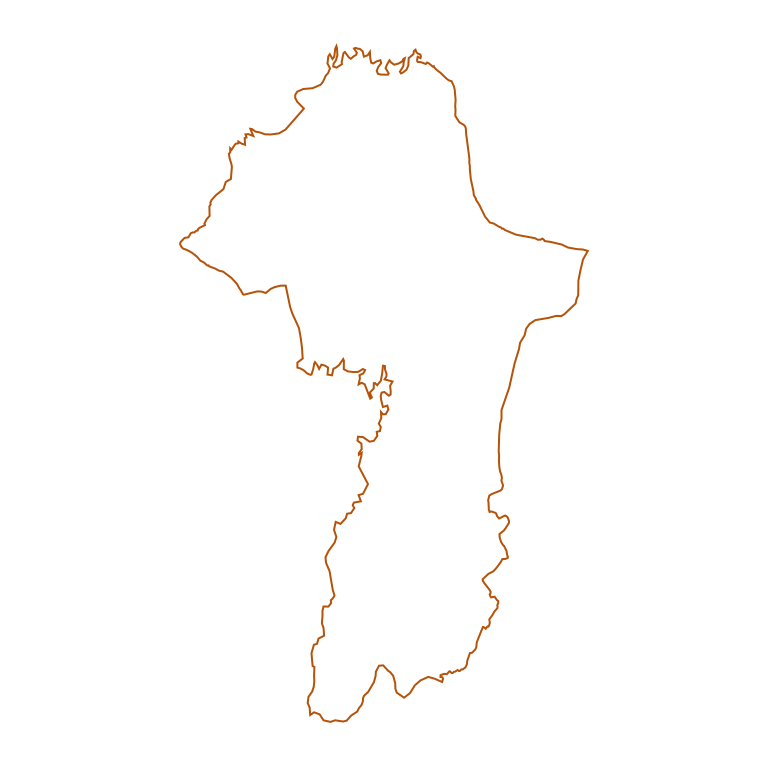 outline of Kouroussa, Kouroussa, Guinea
{"feature_id": "49546643B25969650419510", "entity_name": "Kouroussa", "entity_type": "district", "adm_level": 2, "iso_a3": "GIN", "parent_name": "Guinea", "parent_adm1": "Kouroussa", "projection": "equal_earth", "projection_center": [-10.122, 10.487], "detail": "fine", "context": "isolated", "style": "outline", "palette": "amber", "viewbox_px": 768, "rotation_deg": 0, "n_neighbors": 0, "source": "geoboundaries", "source_scale": "gbopen_adm2", "svg_char_len": 6031}
<svg xmlns="http://www.w3.org/2000/svg" viewBox="0 0 768 768"><path d="M297.4,362.6L297.4,367.6L300.0,368.3L303.7,370.3L307.0,373.3L310.3,374.8L311.5,374.6L313.3,368.8L314.2,363.6L315.0,362.1L317.4,365.2L319.1,368.9L321.4,364.7L325.0,365.6L328.1,367.6L327.5,374.6L332.0,375.3L333.4,368.7L336.0,367.5L339.1,365.0L343.2,359.1L343.9,360.8L343.8,369.2L347.9,371.4L354.3,372.1L358.4,371.8L362.9,369.0L365.1,370.1L363.3,373.4L359.5,375.2L359.9,378.4L358.6,384.4L361.6,382.8L364.7,384.3L370.2,398.6L371.9,397.5L369.8,392.7L373.7,388.5L373.8,383.2L375.1,383.1L377.2,385.2L380.9,380.6L382.1,373.9L383.0,365.7L384.9,366.0L385.0,369.4L386.6,374.0L386.3,376.6L384.6,379.4L392.5,381.5L390.1,385.8L390.7,391.1L390.6,394.6L388.9,395.7L384.4,392.0L381.6,392.6L380.7,396.1L381.1,399.6L382.9,407.0L387.3,405.6L388.4,409.5L385.8,414.1L382.9,414.3L381.0,412.1L381.3,418.0L378.8,423.6L380.8,427.0L379.9,431.1L376.7,431.8L377.3,435.9L373.9,440.8L369.6,441.7L362.8,437.0L358.0,436.7L357.5,440.7L361.4,443.6L361.7,449.1L358.8,453.1L358.9,454.8L361.7,452.9L361.4,455.6L358.7,466.4L368.0,484.1L363.0,493.8L358.6,495.1L360.9,501.3L353.9,502.6L352.7,505.2L354.3,508.1L351.0,513.1L347.1,513.7L345.7,518.4L340.5,523.9L335.7,521.9L334.0,529.9L336.4,537.0L334.6,542.6L328.7,550.7L325.5,557.2L326.0,562.7L329.6,571.3L332.7,589.6L334.5,595.6L332.5,598.8L330.8,600.3L331.1,603.1L328.4,606.6L323.5,606.5L322.5,610.8L322.5,616.0L321.9,623.4L323.5,627.7L324.1,635.7L318.5,638.6L317.0,643.8L313.9,644.8L311.5,653.2L312.6,666.0L314.4,667.0L314.1,675.2L314.3,681.7L313.7,686.9L312.1,691.7L308.5,696.8L307.7,703.1L309.6,707.4L310.2,715.0L314.1,712.3L319.7,714.4L323.5,720.3L330.5,721.9L335.1,720.3L343.2,721.5L346.7,720.6L351.0,715.7L357.3,711.5L358.7,708.5L361.6,704.8L362.9,701.3L363.1,697.8L364.1,695.7L368.2,691.9L374.0,682.0L375.6,675.9L375.9,671.7L379.0,665.7L383.2,665.4L388.2,670.8L390.2,672.2L393.2,675.8L395.2,683.2L395.4,688.8L396.7,692.6L404.1,697.7L410.0,693.1L414.9,685.3L420.5,680.4L428.3,676.9L434.6,678.7L442.1,682.0L443.1,678.7L442.1,677.1L440.5,677.0L440.6,675.1L444.2,673.8L446.8,674.2L449.4,671.3L450.0,671.4L451.7,673.1L452.9,672.9L453.7,671.9L455.2,671.6L457.6,670.0L458.6,670.9L459.7,671.0L461.4,669.4L462.8,669.4L465.5,667.3L467.0,663.9L467.2,660.9L470.0,653.0L472.0,652.8L475.4,649.3L476.3,647.1L476.8,642.2L482.9,627.0L483.7,627.1L485.7,628.7L487.5,626.4L488.4,626.6L489.1,625.6L489.8,622.7L489.3,619.4L492.4,615.1L494.1,611.9L497.4,608.1L497.6,607.1L497.3,605.1L498.2,603.1L498.3,601.1L496.9,600.0L494.6,596.7L491.1,597.4L490.3,596.3L489.7,594.3L490.5,593.3L490.6,591.9L490.0,590.4L484.3,583.1L482.7,580.6L482.7,579.2L488.5,573.8L493.5,571.2L496.7,567.6L500.9,561.9L502.3,559.1L505.5,558.9L507.7,557.9L507.9,556.9L507.0,554.4L506.5,550.8L504.0,545.9L503.0,545.1L501.0,541.7L499.6,537.2L499.5,534.0L503.7,530.7L505.8,527.9L509.0,522.7L509.0,521.1L507.7,517.5L506.7,516.3L505.0,515.5L499.1,518.5L497.2,516.3L496.1,513.4L495.3,512.8L491.2,511.4L489.6,512.0L488.8,509.4L488.5,502.0L488.1,500.6L489.3,495.6L491.5,494.2L500.8,490.4L502.0,489.0L503.1,485.5L501.4,480.7L501.9,478.0L501.4,475.1L500.0,471.0L499.4,467.5L499.0,462.0L499.1,455.1L498.7,451.5L499.2,434.5L500.3,423.4L501.5,419.1L501.5,410.1L509.2,387.7L514.6,363.4L519.0,349.1L520.1,342.7L524.6,335.3L526.2,328.6L529.6,323.9L535.4,320.1L548.5,317.9L556.1,315.9L561.2,316.1L564.4,314.2L575.6,303.5L576.7,298.6L578.2,295.4L578.4,280.5L580.6,269.6L583.0,259.5L587.8,250.9L582.9,249.5L576.6,249.1L567.9,247.5L561.7,244.5L550.1,241.8L544.7,241.1L544.1,240.0L542.4,238.6L540.8,239.6L537.9,239.8L535.0,238.2L516.1,234.7L505.1,230.1L503.0,228.5L502.1,228.7L501.1,227.6L498.9,226.7L493.9,223.6L489.8,222.5L485.0,216.5L479.3,204.9L475.9,199.6L476.0,198.9L473.8,195.1L473.4,191.1L470.8,179.1L469.8,168.7L469.9,166.4L469.3,163.0L469.4,158.7L466.2,134.3L465.8,128.2L464.9,126.0L463.6,124.8L459.4,122.3L455.3,115.9L455.5,109.8L455.2,106.3L455.6,100.0L454.7,89.6L453.8,86.1L451.6,81.2L448.9,80.4L446.6,78.7L440.7,73.0L436.3,69.6L434.1,67.2L433.8,66.2L432.9,66.7L428.8,63.3L427.1,62.5L425.8,64.0L420.7,62.1L417.9,62.0L417.3,61.5L417.1,59.9L417.7,56.8L420.5,58.1L420.9,56.4L420.4,54.5L417.9,53.6L416.4,52.2L415.5,49.7L413.9,50.9L413.4,54.2L408.7,58.1L408.3,65.7L406.4,69.8L402.8,72.6L401.0,73.4L399.9,71.7L403.3,66.2L403.6,63.0L404.8,58.2L403.6,58.8L402.4,61.2L399.0,63.4L394.2,64.7L391.0,62.4L389.5,60.3L386.7,65.2L385.6,68.2L388.7,73.3L387.9,74.7L381.2,74.6L377.9,73.8L376.7,70.8L378.2,67.1L381.2,63.1L380.4,60.2L376.3,61.5L373.3,63.5L371.2,62.7L370.3,58.4L369.9,51.9L367.7,55.3L363.9,56.6L362.7,51.3L359.7,48.8L358.1,48.8L355.7,47.9L354.0,48.5L356.9,52.9L356.0,55.0L353.8,56.2L350.8,58.8L348.8,57.3L344.9,52.0L343.5,53.2L342.9,55.9L341.7,61.9L341.9,64.2L336.6,67.6L333.2,66.5L333.6,63.6L335.9,60.4L337.4,55.2L337.0,48.4L336.4,46.1L335.3,48.5L334.2,56.7L332.5,59.0L329.8,54.2L328.3,56.4L327.5,63.5L330.0,68.4L328.1,73.1L325.8,75.6L323.0,81.7L320.7,84.7L312.6,88.2L303.3,89.0L297.3,91.6L295.3,94.7L295.2,97.9L297.3,101.9L303.9,108.6L285.5,129.6L278.9,133.4L270.5,134.5L265.0,134.3L259.7,132.4L255.4,131.6L252.1,129.1L250.3,128.8L253.3,136.0L248.3,134.1L245.5,134.4L246.5,137.5L244.7,138.0L245.0,144.7L241.8,143.7L238.4,141.6L238.4,143.3L235.9,143.7L234.8,144.7L231.5,149.9L230.2,148.4L230.2,152.4L228.9,153.8L229.7,158.7L231.2,163.3L231.9,166.7L230.9,179.0L225.8,181.9L223.4,189.2L216.2,194.9L211.5,200.1L210.3,202.8L210.7,204.4L209.4,206.3L209.6,215.9L206.5,219.4L204.4,223.6L205.0,225.1L199.3,227.9L197.9,229.4L197.7,230.5L196.1,230.9L194.2,232.5L192.8,232.4L190.8,233.2L188.4,237.3L184.6,237.9L180.8,241.8L180.2,243.0L180.2,244.4L181.4,246.8L183.1,248.6L187.0,250.0L191.8,252.6L196.9,256.6L200.3,260.6L203.8,262.4L207.3,265.5L208.5,265.4L209.2,266.4L215.3,268.6L218.8,270.6L223.0,271.6L231.3,277.8L237.0,283.9L239.4,288.5L241.2,290.7L241.4,291.8L242.4,292.8L242.7,294.1L243.9,294.7L257.3,291.4L261.6,291.6L265.8,293.0L270.7,288.9L274.4,287.2L280.4,285.7L285.7,285.6L290.1,306.9L292.2,313.2L299.0,328.2L300.7,337.9L302.0,347.8L302.7,358.5L297.4,362.6Z" fill="none" stroke="#b45309" stroke-width="2"/></svg>